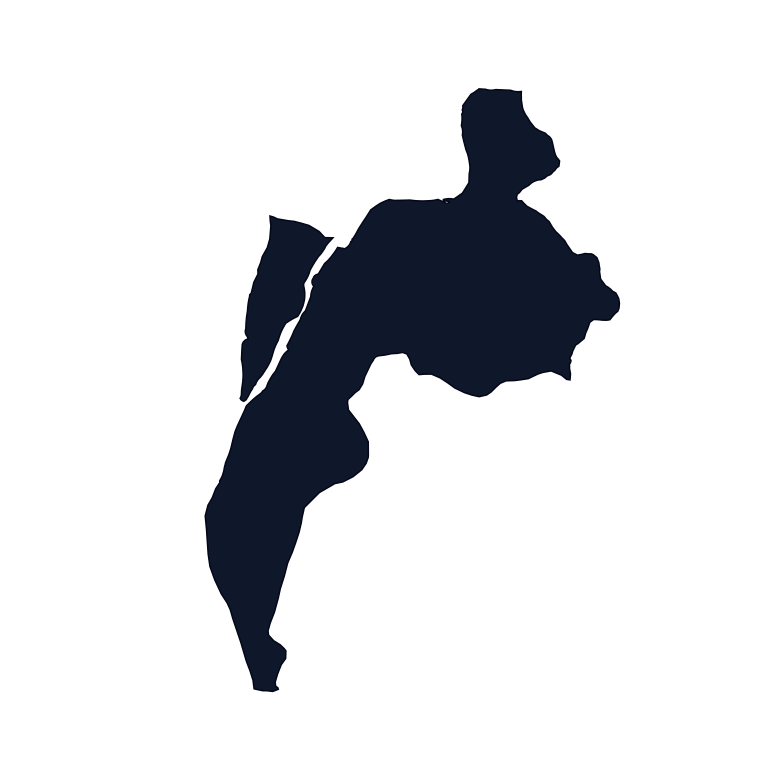 the district of Qanatir Al-Khayriyya, Al Qalyubiyah, Egypt, rotated 58°
{"feature_id": "37247803B61234943331501", "entity_name": "Qanatir Al-Khayriyya", "entity_type": "district", "adm_level": 2, "iso_a3": "EGY", "parent_name": "Egypt", "parent_adm1": "Al Qalyubiyah", "projection": "mercator", "projection_center": [31.132, 30.214], "detail": "fine", "context": "isolated", "style": "filled", "palette": "ink", "viewbox_px": 768, "rotation_deg": 58, "n_neighbors": 0, "source": "geoboundaries", "source_scale": "gbopen_adm2", "svg_char_len": 6171}
<svg xmlns="http://www.w3.org/2000/svg" viewBox="0 0 768 768"><g transform="rotate(58 384 384)"><path d="M447.7,154.2L446.6,150.3L446.2,147.2L444.3,144.6L440.4,141.6L436.0,139.7L432.2,139.3L429.6,139.2L426.5,141.0L423.9,141.5L420.6,142.7L418.2,144.0L409.8,144.7L402.8,141.6L401.0,140.1L396.4,138.2L395.0,137.5L389.7,136.5L385.3,138.0L383.6,139.1L381.7,142.0L379.9,144.3L378.7,148.0L377.2,151.7L372.5,154.5L362.5,155.0L358.7,154.8L356.5,155.1L354.4,155.7L352.8,155.9L349.1,156.7L345.8,157.6L340.2,158.1L333.7,157.9L330.5,159.0L326.7,159.5L320.4,162.5L317.7,163.5L315.2,165.1L309.0,168.6L304.8,169.6L301.5,170.2L300.0,172.5L299.7,174.1L295.9,172.7L293.6,170.4L293.5,167.9L292.0,163.7L292.2,155.7L291.6,152.4L291.7,149.2L292.5,145.5L294.0,142.5L294.5,138.7L294.0,135.3L294.6,131.9L294.3,130.1L293.6,128.3L293.4,126.2L292.1,122.8L292.0,120.3L287.9,116.9L285.2,117.1L283.4,117.5L280.6,117.2L277.5,116.4L267.8,113.0L265.1,112.3L262.1,112.6L259.6,113.7L256.8,114.3L251.6,118.0L246.6,120.4L239.1,121.2L234.4,121.1L230.2,121.3L225.2,120.7L222.8,120.0L215.4,116.8L214.5,116.1L212.0,114.7L208.7,112.5L207.6,114.7L206.5,116.4L205.2,118.1L204.2,119.1L201.9,121.1L193.5,133.3L192.9,135.0L192.4,136.1L191.1,138.3L189.5,140.2L187.8,141.8L184.0,147.1L184.3,148.0L184.2,148.7L184.5,153.1L184.4,156.8L189.7,169.7L190.8,170.2L191.7,170.9L192.5,171.7L193.0,172.4L194.0,172.6L195.0,173.1L195.8,173.9L196.3,175.0L198.9,176.3L201.3,177.8L203.6,179.5L206.0,181.5L208.6,182.1L210.7,183.0L212.7,184.2L214.4,185.6L220.7,187.8L227.1,189.8L228.7,190.3L232.9,191.1L236.8,192.3L240.5,193.8L244.8,195.7L246.5,196.7L248.7,198.3L250.8,200.3L258.3,205.3L260.8,210.4L263.7,216.4L264.2,226.8L262.5,228.8L260.9,231.2L259.7,233.8L259.0,235.9L259.3,236.2L259.8,236.4L260.2,236.4L260.5,236.2L260.9,235.9L261.6,234.6L262.2,233.8L263.2,232.8L264.0,232.1L264.3,232.6L264.5,233.4L264.5,233.9L264.3,234.7L264.2,235.0L261.8,236.7L256.1,240.4L254.9,243.7L253.7,246.4L252.3,249.0L249.5,253.9L248.0,256.2L245.6,259.7L241.6,264.8L237.3,272.1L234.0,277.6L232.2,279.8L230.3,281.8L229.5,286.0L228.8,291.4L228.9,296.6L229.3,302.9L233.2,311.0L235.4,315.9L237.8,321.0L239.5,324.4L241.0,326.9L242.5,329.7L244.1,333.1L244.2,333.7L244.3,334.4L244.9,334.6L245.4,335.1L245.7,335.8L245.6,336.6L246.8,338.1L247.3,339.0L247.8,340.1L248.3,341.8L248.5,343.4L248.5,344.9L248.3,346.3L248.1,346.6L247.8,346.8L247.2,346.8L246.2,348.2L245.0,349.4L244.2,350.4L243.6,350.9L245.0,353.7L246.4,356.9L248.4,362.2L249.6,366.3L250.4,370.6L255.7,381.0L255.8,382.0L255.4,383.6L255.4,384.6L255.5,385.7L255.9,386.7L256.8,388.0L257.6,389.5L258.4,390.4L259.3,391.0L260.3,391.5L261.3,391.8L262.4,391.9L263.9,391.7L265.1,393.7L266.9,396.1L269.0,398.2L271.2,399.9L280.3,411.8L280.6,413.1L281.1,414.8L281.8,416.5L282.4,417.5L283.8,419.5L285.1,420.9L288.2,426.7L291.1,431.9L293.8,435.7L295.7,438.6L298.5,443.1L300.2,446.1L302.3,446.7L303.2,446.8L304.6,446.8L304.8,449.0L305.2,451.1L305.8,453.1L307.0,455.7L307.8,457.2L315.6,469.1L317.2,473.5L319.2,477.5L321.5,481.6L324.4,485.4L325.2,487.0L325.6,488.7L325.6,490.5L326.3,491.9L326.7,493.6L327.1,498.9L327.8,503.6L329.4,511.3L329.9,512.7L332.2,515.8L341.9,530.6L345.3,535.3L350.3,540.7L357.6,548.1L361.4,552.6L366.8,560.1L367.8,561.0L369.7,563.1L373.0,566.1L375.8,569.3L377.0,571.0L379.2,574.8L380.6,575.5L383.6,582.1L389.6,590.1L393.5,597.5L401.1,605.5L413.5,611.7L435.0,623.2L446.5,628.3L460.4,631.3L475.9,633.2L486.6,633.0L494.1,634.0L502.7,636.5L527.9,642.5L546.1,647.6L556.3,649.6L565.9,652.1L573.7,655.7L579.9,649.3L581.9,646.1L585.8,641.2L586.9,635.4L585.2,635.0L582.8,636.0L579.2,634.3L573.5,627.9L567.6,619.9L564.7,612.9L558.3,608.6L555.5,608.9L550.2,610.2L543.3,613.6L535.8,615.0L531.8,613.1L526.5,607.3L519.3,597.7L509.5,587.1L502.8,580.6L494.0,570.3L484.7,560.5L478.0,550.9L471.9,543.2L464.7,534.6L458.3,528.1L453.7,524.1L446.6,517.1L441.8,496.3L442.4,478.4L445.2,470.8L446.2,459.2L444.9,448.3L441.8,441.2L437.8,436.2L435.8,434.8L424.7,428.0L414.3,426.7L404.7,426.1L387.2,427.9L380.4,424.8L378.1,422.9L376.8,416.3L376.1,413.7L375.6,408.1L372.6,402.1L367.5,396.3L359.9,384.4L358.2,380.5L357.4,379.4L356.9,377.9L356.6,376.6L357.1,373.9L360.0,367.7L362.3,361.5L365.0,356.6L367.1,351.5L370.6,348.7L376.7,349.0L382.2,350.7L389.1,350.5L394.6,349.3L397.2,344.3L400.8,338.5L408.6,333.1L416.9,329.3L425.0,326.0L434.0,320.3L440.0,315.3L445.2,310.0L447.7,302.7L447.5,297.3L446.0,290.9L445.0,285.1L446.0,278.8L450.3,271.4L452.8,266.0L455.9,258.8L457.1,248.1L458.5,242.7L461.5,235.3L470.6,228.8L476.8,226.7L479.1,224.1L474.3,220.5L469.1,218.4L465.1,215.9L465.0,214.9L463.3,213.0L460.5,212.8L458.1,208.7L456.2,206.7L452.6,201.0L452.5,197.9L451.4,190.1L447.6,185.9L445.1,182.2L440.7,176.7L440.4,172.0L442.7,168.6L445.6,164.9L447.9,161.4L449.2,158.4L447.7,154.2ZM181.1,391.7L185.8,394.2L189.9,396.1L200.5,404.0L206.5,410.6L211.5,419.7L215.6,424.1L220.2,430.4L224.0,432.6L228.7,440.4L236.5,448.3L237.2,450.7L238.2,451.3L240.9,454.0L244.1,456.8L247.4,459.4L250.0,461.3L254.4,465.1L259.2,468.7L263.8,471.8L264.9,473.0L265.9,473.8L267.0,474.3L268.1,474.7L269.8,474.9L271.6,474.8L272.7,475.0L273.8,475.4L273.4,476.6L273.3,477.8L273.3,479.0L273.5,479.8L273.9,481.0L274.2,481.7L274.9,482.7L275.8,483.6L282.3,488.2L287.7,491.9L291.2,493.2L295.5,495.2L300.4,497.9L303.4,499.8L307.3,502.6L313.6,507.9L317.8,510.8L319.1,512.2L319.9,513.6L321.2,513.6L322.2,513.4L323.4,512.8L324.4,512.0L324.3,509.2L323.2,507.3L322.5,505.7L321.2,503.7L319.7,501.1L318.3,498.1L317.7,497.4L317.1,496.4L316.6,495.0L316.4,493.3L315.0,491.5L313.9,489.5L313.1,487.3L312.7,485.3L311.4,481.8L307.9,474.3L306.2,471.2L304.0,467.7L301.2,464.3L297.6,460.3L296.1,458.5L293.4,454.7L291.0,450.7L288.3,447.6L286.1,444.8L284.8,442.9L283.0,440.0L280.8,435.9L280.4,435.1L280.3,430.0L280.4,426.2L280.9,421.4L279.0,417.6L277.4,415.0L275.0,411.6L272.9,409.3L270.4,406.8L267.6,404.7L264.6,402.8L261.4,401.3L257.7,399.9L256.5,399.0L255.8,398.1L254.0,394.3L252.6,391.9L250.6,389.0L248.3,386.4L245.7,381.7L243.6,377.5L241.2,372.1L240.4,369.1L239.1,365.8L237.6,362.6L236.1,360.2L234.7,356.2L233.0,349.8L228.5,356.6L220.3,358.2L209.8,363.6L204.2,368.6L198.4,374.1L194.8,378.7L187.4,387.0L184.0,389.1L181.1,391.7Z" fill="#0f172a" stroke="#020617" stroke-width="1.5"/></g></svg>